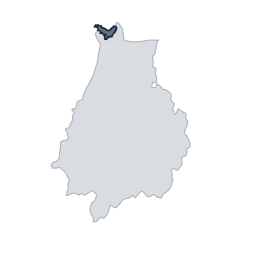 location of Brest, Brest, Belarus, rotated 105°
{"feature_id": "67162791B30498032594927", "entity_name": "Brest", "entity_type": "district", "adm_level": 2, "iso_a3": "BLR", "parent_name": "Belarus", "parent_adm1": "Brest", "projection": "robinson", "projection_center": [23.755, 51.901], "detail": "fine", "context": "in_parent", "style": "filled", "palette": "slate", "viewbox_px": 256, "rotation_deg": 105, "n_neighbors": 0, "source": "geoboundaries", "source_scale": "gbopen_adm2", "svg_char_len": 7247}
<svg xmlns="http://www.w3.org/2000/svg" viewBox="0 0 256 256"><g transform="rotate(105 128 128)"><path d="M209.2,170.3L205.2,170.2L200.5,170.2L197.8,171.7L194.9,171.0L192.8,171.8L188.3,175.8L186.5,178.0L184.9,181.3L183.9,183.8L184.6,185.5L185.5,187.1L185.8,188.9L186.3,190.2L185.2,191.2L184.5,192.6L182.5,192.4L180.0,191.0L179.4,189.0L177.5,187.7L176.2,187.0L174.1,186.8L170.9,187.5L166.6,188.0L163.4,188.1L161.7,188.8L159.1,189.5L158.0,188.7L156.5,186.4L155.3,184.2L154.4,183.2L153.7,183.0L152.8,183.0L151.8,183.7L151.1,184.5L148.4,185.3L147.3,186.1L146.0,188.1L145.2,188.0L144.2,187.5L143.1,185.2L141.7,184.7L139.5,184.7L136.6,184.2L134.3,183.5L133.5,183.7L132.2,184.6L130.7,184.8L127.5,183.9L126.9,184.3L125.1,186.8L124.2,187.0L123.7,186.6L123.9,184.4L122.0,183.7L118.9,183.5L116.7,183.9L115.6,183.8L115.1,183.3L112.3,179.6L110.8,179.4L108.3,179.6L104.5,179.2L100.1,178.3L97.7,178.0L96.5,177.2L93.8,176.9L86.6,175.3L83.6,175.1L79.3,175.0L72.7,174.7L68.5,174.9L66.5,175.4L64.3,175.7L56.5,176.2L53.7,176.6L52.9,177.3L51.9,179.0L48.7,182.0L45.6,183.9L45.0,184.1L43.2,183.1L41.7,182.7L39.9,182.6L38.6,182.9L37.8,183.4L37.9,185.7L37.7,185.9L36.3,183.2L36.4,180.8L37.2,179.4L38.2,178.1L37.8,176.2L38.7,173.8L38.7,172.0L38.3,171.2L37.6,170.3L35.5,169.3L34.6,168.5L31.9,167.5L29.2,166.2L28.7,165.4L28.8,164.9L29.3,164.0L31.4,161.6L33.7,159.3L35.1,158.3L42.8,155.3L43.9,154.3L44.2,152.5L44.1,148.9L43.6,145.7L43.0,143.4L41.6,139.2L37.6,130.4L35.3,121.3L36.8,121.9L40.4,122.1L43.3,121.5L44.8,121.4L46.1,121.6L49.9,121.1L50.9,121.9L52.5,122.6L55.9,121.6L58.8,120.3L61.9,120.4L62.3,119.8L63.0,116.6L63.9,115.9L67.6,116.2L68.9,115.6L70.3,114.0L72.5,113.0L74.3,113.0L76.1,111.9L77.1,112.7L77.5,114.0L76.9,115.1L77.2,115.5L78.5,116.0L80.7,116.0L82.1,115.6L82.5,114.9L82.4,113.8L82.1,112.8L81.1,111.9L79.4,111.5L78.1,111.5L77.9,110.9L78.3,109.7L79.4,107.5L80.7,105.5L81.5,104.7L81.6,104.0L81.5,102.8L81.4,100.6L82.6,97.5L84.2,95.2L86.3,94.5L88.9,94.1L90.6,93.0L91.4,91.8L92.1,89.9L93.0,89.5L99.3,89.7L100.2,87.8L100.8,87.3L102.0,86.7L102.8,86.0L102.5,85.5L100.9,85.1L97.0,84.8L96.3,84.2L96.5,83.4L97.5,81.5L98.4,78.9L98.8,76.9L98.9,75.8L99.4,75.5L102.5,75.1L103.5,74.7L106.1,72.0L108.2,71.5L113.4,72.2L115.8,72.2L118.9,72.4L119.1,72.1L120.1,69.4L125.2,65.2L127.9,63.7L129.7,63.4L130.3,63.4L133.1,65.7L133.8,65.8L135.6,64.8L138.8,64.8L140.3,65.6L142.5,68.3L143.6,68.6L146.7,67.1L148.4,66.6L149.5,66.6L155.4,68.7L155.9,69.4L156.0,70.2L155.2,72.7L156.4,74.3L157.9,75.3L160.8,73.6L161.9,73.1L163.1,73.1L164.7,72.5L165.9,71.5L167.0,71.2L169.2,71.4L173.1,71.2L177.7,72.7L178.1,73.1L180.4,74.9L181.3,75.8L182.0,76.1L183.3,77.0L184.9,77.5L186.1,77.3L186.6,77.6L187.1,78.3L187.2,79.5L187.2,82.8L185.7,84.5L185.5,85.1L185.6,85.9L187.0,87.3L188.8,89.5L189.2,90.8L189.3,91.8L187.1,94.7L186.4,95.4L185.9,96.8L185.7,98.3L185.9,98.9L189.8,101.2L192.7,102.5L193.4,103.1L193.4,103.5L192.0,106.0L191.9,106.6L194.2,107.7L195.6,109.3L196.8,112.0L199.1,114.5L207.3,118.2L208.0,118.9L208.3,119.7L208.1,121.5L206.8,124.8L208.2,125.3L211.8,125.2L216.1,125.6L221.4,127.9L221.5,129.0L221.0,129.9L221.4,131.0L222.0,131.8L226.7,134.4L227.1,135.2L227.3,136.5L227.2,137.4L226.0,137.6L224.6,138.1L222.4,139.2L221.6,140.8L218.1,143.0L215.8,144.0L214.0,144.0L209.7,143.6L208.2,142.5L207.5,141.5L205.8,141.0L203.6,141.0L200.6,141.2L200.0,141.5L199.6,142.7L198.4,144.8L197.5,145.9L201.5,150.1L203.6,151.8L204.2,152.8L204.2,153.5L203.4,154.4L203.6,156.2L205.6,158.5L204.9,158.8L204.9,161.7L205.1,164.7L205.6,165.4L206.6,166.1L207.6,167.2L209.1,169.7L209.2,170.3Z" fill="#d9dde1" stroke="#a8b0b8" stroke-width="1"/><path d="M48.0,172.4L47.9,172.3L47.8,172.2L47.7,172.1L47.8,171.9L48.0,171.7L47.9,171.6L47.7,171.5L47.4,171.5L47.2,171.5L47.1,171.4L46.9,171.2L46.7,171.0L46.6,170.9L46.4,170.9L46.2,170.9L46.0,171.1L45.8,171.1L45.7,171.2L45.3,171.2L45.1,171.1L44.9,171.0L44.7,171.0L44.6,170.9L44.6,170.7L44.8,170.4L45.0,170.1L45.2,169.9L45.1,169.6L45.0,169.4L44.9,169.4L44.7,169.3L44.7,169.2L44.6,168.9L44.4,168.9L44.2,168.9L44.1,168.7L44.0,168.3L44.1,168.2L44.1,167.9L44.2,167.7L44.2,167.4L44.1,167.2L43.9,167.2L43.8,167.3L43.7,167.4L43.6,167.6L43.3,167.6L43.2,167.5L43.1,167.4L43.1,167.2L42.9,166.9L42.6,166.9L42.3,166.9L42.2,166.9L41.9,166.8L41.6,166.8L41.4,166.9L41.1,166.8L40.9,166.7L40.7,166.7L40.4,166.7L40.3,166.4L40.2,166.4L39.9,166.3L39.9,166.2L39.7,166.0L39.6,165.9L39.5,165.6L39.4,165.6L39.2,165.7L38.8,165.8L38.7,165.8L38.4,166.0L38.2,165.9L38.2,165.7L38.3,165.4L38.3,165.2L38.2,165.1L37.8,165.1L37.7,165.1L37.4,165.2L37.2,165.3L36.9,165.5L36.8,165.4L36.8,165.2L36.7,165.1L36.6,164.8L36.5,164.7L36.4,164.7L36.3,164.8L36.2,164.9L36.2,165.0L35.9,165.1L35.7,165.1L35.4,164.9L35.3,164.7L35.1,164.6L35.0,164.8L34.8,164.9L34.6,164.9L34.5,165.0L34.4,165.0L34.2,165.1L34.2,165.3L34.3,165.4L34.3,165.5L34.2,165.6L33.9,165.7L33.6,165.6L33.4,165.7L33.2,165.7L33.1,165.8L33.3,165.9L33.5,166.1L33.4,166.3L33.3,166.5L33.4,166.8L33.5,166.9L33.6,167.1L33.5,167.4L33.5,167.5L33.5,167.9L33.4,168.3L33.6,168.5L33.9,168.7L34.2,168.6L34.4,168.6L34.6,168.6L34.9,168.5L35.1,168.6L35.3,168.8L35.4,169.1L35.4,169.3L35.6,169.3L35.9,169.4L36.0,169.8L36.5,169.9L36.6,170.3L36.8,170.2L37.3,170.2L37.7,170.2L37.9,170.6L38.0,170.8L38.5,171.1L38.7,171.4L38.6,171.6L38.7,172.0L38.9,172.2L38.8,172.5L38.8,172.8L39.0,173.0L39.3,173.2L39.3,173.4L39.2,173.7L39.0,173.9L39.0,174.3L38.9,174.4L38.5,174.5L38.4,174.7L38.4,174.9L38.4,175.0L38.2,175.4L38.0,175.5L38.1,175.9L38.2,176.1L38.2,176.4L38.0,176.6L37.9,176.7L37.9,177.0L37.7,177.4L37.7,177.7L37.8,177.8L38.0,178.0L38.2,178.3L38.3,178.5L38.4,178.8L38.2,179.1L38.0,179.3L37.9,179.4L37.5,179.4L37.6,179.7L37.3,179.9L36.9,179.8L36.6,180.0L36.3,180.2L36.2,180.5L36.3,180.8L36.4,181.0L36.6,181.2L36.6,181.7L36.5,182.0L36.5,182.5L36.4,182.6L36.3,182.8L36.3,183.1L36.5,183.4L36.3,183.8L36.3,184.1L36.5,184.2L36.6,184.4L36.8,184.7L36.8,184.9L36.9,185.1L37.1,185.2L37.0,185.4L36.8,185.6L36.8,185.8L37.0,185.9L37.1,186.0L37.5,186.0L37.8,186.0L38.0,186.1L38.1,186.3L38.1,186.5L38.7,186.7L39.0,186.6L39.1,186.4L39.0,186.1L38.8,185.9L38.5,185.4L38.7,185.1L38.8,184.9L38.9,184.6L38.6,184.3L38.3,184.2L38.1,184.0L38.1,183.7L38.3,183.4L38.6,183.1L38.9,183.0L39.8,182.7L40.4,182.6L40.8,182.5L41.1,182.4L41.5,182.5L41.6,182.2L41.5,181.9L41.5,181.6L41.5,181.3L41.4,181.0L41.4,180.8L41.4,180.5L41.4,180.2L41.5,180.0L41.6,179.9L41.9,179.6L42.0,179.5L42.2,179.4L42.3,179.3L42.3,179.2L42.4,178.8L42.6,178.8L42.7,178.7L42.8,178.8L42.9,179.0L43.0,179.1L43.0,179.4L43.1,179.5L43.5,179.5L43.7,179.4L43.7,179.2L43.7,178.9L43.6,178.6L43.6,178.4L43.4,178.2L43.0,178.2L42.8,178.1L42.6,178.0L42.6,177.8L42.5,177.7L42.4,177.7L42.5,177.4L42.6,177.2L42.8,177.0L42.9,176.9L43.1,176.8L43.4,176.8L43.6,176.7L43.8,176.4L44.0,176.3L44.3,176.2L44.5,176.0L44.5,175.9L44.4,175.7L44.2,175.5L44.2,175.4L44.2,175.2L43.9,175.0L43.9,174.9L43.8,174.7L43.7,174.6L43.4,174.3L43.3,174.2L43.2,174.1L43.1,173.9L43.3,173.8L43.4,173.7L43.6,173.7L43.8,173.7L44.0,173.6L44.2,173.4L44.3,173.4L44.6,173.5L44.8,173.5L45.0,173.5L45.0,173.8L45.0,174.0L45.3,174.2L45.6,174.3L45.8,174.4L46.0,174.4L46.3,174.2L46.6,174.0L46.8,173.9L47.1,173.8L47.3,173.8L47.5,173.7L47.8,173.7L48.0,173.6L48.2,173.4L48.1,173.2L47.9,173.1L47.7,173.1L47.7,172.9L47.8,172.7L48.0,172.4L48.0,172.4Z" fill="#64748b" stroke="#1e293b" stroke-width="1.5"/></g></svg>